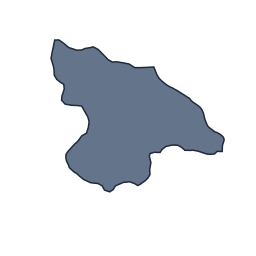 Ryongrim, Chagang-do, North Korea (orthographic projection), rotated 288°
{"feature_id": "82179303B90804961571919", "entity_name": "Ryongrim", "entity_type": "district", "adm_level": 2, "iso_a3": "PRK", "parent_name": "North Korea", "parent_adm1": "Chagang-do", "projection": "orthographic", "projection_center": [126.759, 40.48], "detail": "fine", "context": "isolated", "style": "filled", "palette": "slate", "viewbox_px": 256, "rotation_deg": 288, "n_neighbors": 0, "source": "geoboundaries", "source_scale": "gbopen_adm2", "svg_char_len": 1624}
<svg xmlns="http://www.w3.org/2000/svg" viewBox="0 0 256 256"><g transform="rotate(288 128 128)"><path d="M194.0,133.7L191.6,127.5L189.9,122.9L188.3,118.3L187.5,115.6L189.2,109.2L188.4,102.8L187.6,97.3L185.9,92.7L186.8,88.1L190.2,81.7L193.5,75.3L194.4,69.8L192.7,67.1L190.3,62.5L187.8,59.7L186.2,55.2L186.2,51.5L186.2,48.8L186.2,46.9L188.7,40.5L190.4,35.0L189.0,31.1L183.8,31.7L177.2,32.4L170.4,33.3L163.9,37.8L160.5,39.7L155.5,41.5L152.2,45.2L150.5,49.8L149.7,53.4L145.5,55.3L141.3,55.3L138.0,55.3L133.9,56.2L131.3,60.8L132.1,67.2L133.7,72.7L134.5,77.2L130.3,81.8L126.1,86.4L121.9,89.1L116.1,90.1L110.3,90.1L106.2,86.4L100.4,84.6L95.4,81.8L91.3,80.0L87.1,78.1L83.8,77.2L80.5,78.1L79.9,78.4L77.2,80.0L74.6,82.7L72.1,84.5L69.6,90.0L68.7,93.7L67.0,97.3L65.3,101.9L64.4,109.2L65.1,112.9L65.9,116.5L65.1,121.1L61.7,124.8L61.6,130.3L64.9,133.0L69.1,133.9L74.8,140.4L77.3,145.9L77.2,151.3L76.3,155.0L77.1,155.9L78.0,156.8L83.0,160.5L86.3,162.3L90.4,163.3L95.5,161.4L102.1,160.5L108.0,156.9L110.5,156.9L113.0,160.5L114.6,166.0L117.9,166.9L122.1,169.7L125.4,175.2L127.0,180.7L126.1,185.2L124.4,188.9L126.0,194.4L126.9,196.2L127.6,201.7L127.6,207.2L127.6,210.9L128.4,214.5L130.0,218.2L133.3,220.0L134.1,222.8L134.8,224.9L135.3,224.7L140.7,223.2L145.2,223.2L147.0,222.9L148.8,221.4L149.8,219.5L150.5,217.7L151.2,213.7L151.2,211.6L153.7,204.6L154.9,202.7L159.9,198.5L165.5,195.1L168.7,192.1L169.9,190.3L171.2,186.8L172.8,181.4L173.8,179.2L175.1,177.5L175.3,176.7L178.5,164.3L179.7,158.5L180.2,154.4L180.7,152.4L181.2,150.6L183.2,145.5L184.7,142.5L187.4,139.2L194.0,133.7Z" fill="#64748b" stroke="#1e293b" stroke-width="1.5"/></g></svg>